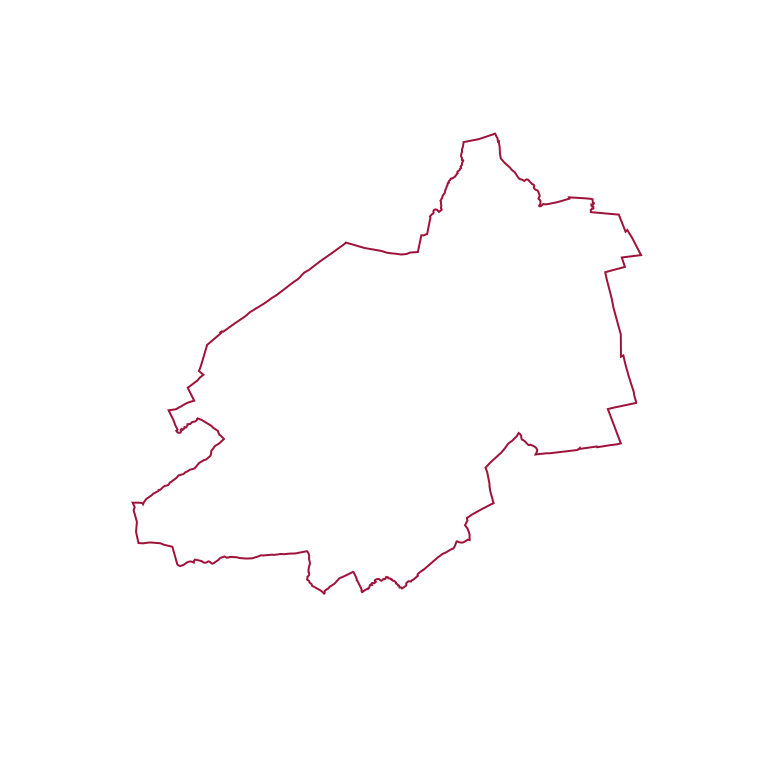 the district of Grumazesti, Neamt, Romania, rotated 69°
{"feature_id": "2599482B9810248780709", "entity_name": "Grumazesti", "entity_type": "district", "adm_level": 2, "iso_a3": "ROU", "parent_name": "Romania", "parent_adm1": "Neamt", "projection": "albers", "projection_center": [26.39, 47.135], "detail": "fine", "context": "isolated", "style": "outline", "palette": "rose", "viewbox_px": 768, "rotation_deg": 69, "n_neighbors": 0, "source": "geoboundaries", "source_scale": "gbopen_adm2", "svg_char_len": 6164}
<svg xmlns="http://www.w3.org/2000/svg" viewBox="0 0 768 768"><g transform="rotate(69 384 384)"><path d="M460.1,639.9L478.4,641.6L479.8,640.8L480.9,639.5L481.1,636.1L480.2,632.9L479.9,630.5L480.1,629.0L480.8,627.4L482.5,625.6L481.0,624.8L480.2,623.4L483.8,617.9L486.1,616.3L486.9,614.6L487.0,613.5L486.7,612.3L486.7,611.3L487.9,610.1L489.5,609.4L490.2,608.7L490.1,606.6L488.9,601.7L487.8,599.5L487.8,594.8L489.9,593.0L489.9,591.9L490.2,591.5L490.3,591.0L490.2,589.9L492.8,583.9L494.9,580.8L496.9,576.6L498.0,574.1L499.6,569.1L499.5,568.9L500.0,562.1L499.8,560.4L500.8,558.1L503.3,549.5L504.1,548.0L505.8,541.0L507.0,538.5L508.5,533.0L510.3,527.9L510.9,525.3L510.9,524.6L512.5,515.8L514.5,515.2L517.5,515.4L520.3,516.6L525.1,517.4L528.0,519.7L530.7,521.2L532.7,521.9L533.2,521.5L534.1,521.7L535.5,522.4L536.6,524.6L537.0,524.5L539.0,525.9L540.9,524.6L542.9,524.6L544.6,523.4L546.6,523.4L554.0,517.2L556.0,516.0L558.2,515.1L558.2,514.7L557.9,514.4L555.9,513.5L555.1,510.9L555.2,510.6L554.9,509.3L553.7,507.1L553.7,506.3L552.6,501.6L549.4,495.3L549.2,489.9L548.3,480.1L548.5,479.9L551.2,479.6L556.3,479.3L557.3,479.8L558.7,479.3L567.6,478.5L569.2,479.2L570.4,479.1L570.6,478.8L569.9,477.2L570.0,477.0L569.4,474.7L569.5,474.1L569.1,472.3L569.5,472.2L569.6,471.9L568.6,470.6L566.7,469.2L566.6,468.7L567.2,467.3L566.3,467.4L565.8,467.1L565.5,466.5L566.5,464.4L566.1,463.5L566.1,462.8L565.8,462.6L565.2,463.1L564.5,463.2L564.0,462.9L563.7,461.9L563.6,460.9L563.9,459.3L564.5,458.4L566.1,457.7L566.8,456.8L565.9,454.4L566.4,453.8L566.2,453.2L566.4,452.9L566.3,452.4L564.9,451.1L566.0,449.5L567.0,449.5L567.6,448.2L568.4,447.8L568.7,447.1L569.0,446.9L569.1,447.3L569.5,447.1L571.0,446.0L571.6,445.1L572.6,444.3L573.8,443.9L574.4,444.3L576.4,443.0L577.0,443.1L577.1,442.6L577.8,442.2L579.6,442.4L580.0,440.9L581.3,440.5L580.4,436.2L579.7,435.2L577.9,434.6L576.9,431.9L578.1,429.5L577.7,429.2L577.2,428.1L577.2,426.9L575.2,421.1L574.4,421.2L573.3,420.3L571.6,414.7L571.9,414.5L565.1,395.6L563.6,390.2L563.5,386.8L562.5,381.3L562.3,379.3L562.5,378.3L561.2,376.4L557.1,372.8L557.0,372.4L557.4,371.6L558.0,371.3L559.2,369.7L560.2,367.6L560.2,366.3L559.5,362.3L559.3,362.0L559.3,361.6L560.4,360.0L555.0,358.0L552.6,357.8L548.6,357.9L544.9,359.0L541.3,355.0L538.7,354.6L538.4,352.5L537.5,349.2L536.2,340.1L534.7,327.5L534.6,324.4L522.2,323.2L517.5,322.2L514.6,321.2L503.7,319.3L498.5,319.2L495.3,312.6L490.1,299.2L487.5,294.4L484.6,290.1L483.8,288.3L482.9,284.5L481.2,281.0L480.5,279.0L478.0,275.9L479.5,275.0L481.4,274.4L483.4,275.1L485.2,275.2L487.4,273.3L492.6,271.1L493.1,270.3L493.0,269.3L494.9,267.2L496.9,265.5L498.8,264.7L500.7,264.6L502.3,265.7L504.1,267.8L507.1,256.4L507.8,255.1L515.0,226.8L514.5,226.1L514.4,225.0L513.9,224.1L514.8,224.2L518.6,207.7L519.4,207.7L522.2,194.6L523.6,189.0L524.3,184.2L487.6,184.0L488.5,177.4L492.0,155.4L491.5,155.1L484.4,154.5L481.1,153.7L465.0,152.8L451.3,151.5L443.1,150.3L443.4,153.0L422.7,145.2L394.7,142.4L386.0,140.8L365.7,138.5L358.9,137.4L361.0,117.1L351.1,116.7L355.8,97.8L336.4,100.0L327.4,101.7L328.4,103.9L310.0,104.1L297.7,129.3L295.6,128.6L295.4,127.7L294.7,127.0L295.3,126.1L295.1,125.6L293.5,125.1L292.0,126.4L290.8,126.1L291.5,125.0L290.8,123.4L290.2,123.3L289.6,124.1L286.3,123.1L285.6,123.9L282.9,129.3L276.0,144.5L277.4,144.5L276.7,153.2L276.2,158.1L274.6,167.4L274.0,169.3L273.1,170.8L274.1,173.5L274.0,174.9L273.3,175.3L271.4,173.1L268.9,172.3L266.4,173.4L264.3,171.3L263.4,171.1L259.2,171.1L258.0,171.6L257.5,172.4L256.0,173.5L254.9,173.7L253.9,173.6L252.6,172.6L251.7,172.8L250.2,174.2L244.9,176.3L244.3,177.0L244.1,177.9L244.7,180.3L242.8,181.8L241.1,184.0L239.3,184.8L233.2,186.0L230.3,187.8L226.8,189.0L220.6,192.2L215.3,194.1L211.0,193.3L203.8,191.0L199.7,190.2L198.7,189.7L198.5,190.8L195.1,189.9L193.5,190.3L190.1,190.5L189.4,207.7L186.7,223.0L190.8,225.3L193.0,227.2L195.3,228.0L196.4,229.1L198.9,230.4L201.0,230.3L202.9,230.9L203.3,230.6L203.5,230.0L204.0,230.0L205.4,231.8L207.3,232.6L208.4,234.5L210.0,234.6L210.4,236.0L211.5,236.9L211.7,238.2L212.2,239.4L212.8,239.7L213.7,239.8L213.7,240.3L214.6,241.4L215.0,242.5L215.8,243.0L216.4,245.8L216.2,246.6L216.6,247.2L216.3,248.2L217.2,249.1L217.5,250.1L218.1,250.9L218.4,251.2L219.3,251.2L219.4,252.6L221.4,253.6L222.0,254.7L223.5,255.7L224.6,257.0L227.5,258.9L229.3,261.7L231.3,263.2L231.5,263.8L232.4,264.5L233.2,265.7L234.4,265.5L236.1,266.3L237.7,266.4L240.1,267.8L241.1,267.6L242.0,267.7L243.0,271.1L240.7,271.9L239.5,273.2L239.5,275.1L240.4,276.0L241.9,276.3L242.6,277.2L242.8,278.6L244.1,281.1L245.2,281.0L259.6,290.1L259.3,291.4L259.5,292.7L259.4,294.0L258.5,295.8L272.9,305.1L270.6,312.7L270.7,316.5L269.3,321.5L266.9,325.7L264.4,330.8L262.6,334.0L258.9,338.7L250.1,353.4L238.3,368.9L239.0,370.3L244.0,389.2L246.6,399.8L250.6,413.2L251.4,418.5L253.1,422.4L254.0,423.7L255.4,427.2L256.3,431.5L262.5,452.4L263.5,458.0L265.6,465.5L269.0,483.9L270.6,487.8L271.3,490.2L274.0,501.9L277.6,515.5L276.7,516.5L277.2,518.4L278.1,518.0L284.1,535.1L301.8,548.7L305.6,552.1L310.7,549.3L312.0,553.5L313.9,557.0L317.2,568.6L331.6,567.2L331.1,572.6L331.3,576.0L333.0,587.4L331.4,594.5L342.4,593.5L348.2,593.6L352.5,593.1L353.1,593.7L353.3,594.7L355.5,594.0L356.4,592.0L356.3,591.2L355.6,590.5L354.4,590.4L353.6,589.6L353.4,588.9L354.6,588.4L354.4,587.3L353.8,586.4L352.8,585.7L353.4,584.9L353.7,584.1L352.8,583.3L352.3,582.4L351.1,581.8L351.9,579.3L350.8,576.8L351.3,573.5L350.4,571.2L349.6,571.0L349.3,570.3L352.0,567.3L361.1,560.2L363.5,559.3L367.8,556.2L368.4,555.8L369.1,556.0L372.4,555.9L373.7,555.0L378.0,553.1L380.2,558.6L380.7,560.2L381.1,563.4L382.0,565.3L382.6,565.9L384.5,569.2L386.6,570.1L388.8,571.7L390.8,577.3L390.5,579.3L391.5,585.0L394.8,590.7L394.9,592.8L394.5,595.8L395.2,599.0L395.2,601.0L396.2,603.4L395.7,608.6L397.3,611.4L398.6,616.3L399.1,617.6L399.1,618.8L401.0,621.6L400.9,623.6L400.5,625.1L401.1,627.3L402.6,630.8L402.2,632.1L402.3,632.5L403.0,632.9L403.7,638.7L404.7,641.0L406.1,647.1L408.5,650.7L409.9,652.0L408.9,652.2L408.2,653.0L406.8,655.7L404.7,661.2L409.7,660.9L412.1,663.0L424.2,664.1L433.2,668.5L444.5,670.2L446.3,666.3L448.0,659.4L452.5,649.9L455.2,647.1L460.1,639.9Z" fill="none" stroke="#9f1239" stroke-width="2"/></g></svg>